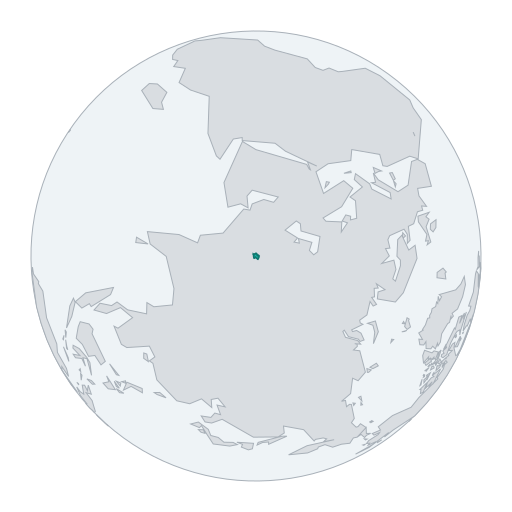 Sari Pul on an orthographic globe, rotated 126°
{"feature_id": "AFG-1748", "entity_name": "Sari Pul", "entity_type": "Province", "adm_level": 1, "iso_a3": "AFG", "parent_name": "Afghanistan", "parent_adm1": "", "projection": "orthographic", "projection_center": [66.141, 35.686], "detail": "fine", "context": "on_globe", "style": "filled", "palette": "teal", "viewbox_px": 512, "rotation_deg": 126, "n_neighbors": 0, "source": "natural_earth", "source_scale": "10m", "svg_char_len": 12146}
<svg xmlns="http://www.w3.org/2000/svg" viewBox="0 0 512 512"><g transform="rotate(126 256 256)"><circle cx="256" cy="256" r="225" fill="#eef3f6" stroke="#a8b0b8"/><path d="M292.1,33.6L297.1,35.5L316.1,42.7L326.9,45.7L320.8,44.9L344.4,52.0L357.8,59.0L339.7,50.7L335.6,49.8L343.2,54.1L340.6,54.1L342.8,56.4L339.0,56.3L328.7,52.2L326.1,52.2L331.6,55.3L331.3,57.6L323.6,53.0L322.3,56.7L304.9,51.8L287.2,41.6L274.6,41.0L248.5,36.7L247.9,38.0L237.6,38.0L233.1,39.6L229.5,38.9L229.0,40.9L233.1,41.3L234.2,42.4L231.9,43.6L227.0,42.7L227.4,42.0L224.8,42.3L223.3,41.5L222.7,42.6L217.0,41.7L219.2,44.4L211.8,45.3L209.0,44.3L213.8,42.0L219.2,35.9L217.8,35.2L211.0,36.0L188.6,41.9L185.1,42.5L177.2,45.1L176.9,45.5L183.1,43.7L180.7,45.7L188.5,44.0L188.7,44.7L194.9,44.4L189.0,47.2L179.9,50.3L174.5,51.0L170.3,52.6L171.5,54.6L157.5,58.9L141.6,67.8L138.5,69.0L139.7,65.7L149.8,58.5L151.4,56.5L145.3,60.9L137.7,64.7L134.4,66.8L131.9,68.7L132.8,68.7L129.1,70.9L133.7,66.8L137.1,64.7L135.6,65.8L140.3,62.8L141.4,62.0L156.7,53.8L172.6,46.7L189.0,40.9L205.7,36.4L222.8,33.2L240.1,31.3L257.5,30.7L274.8,31.5L292.1,33.6ZM299.2,34.9L300.1,35.1L296.6,34.4L296.9,34.5L299.2,34.9ZM335.2,48.2L330.8,46.2L336.0,48.2L335.2,48.2ZM343.8,56.8L345.8,57.5L346.1,58.5L343.8,56.8ZM197.7,43.0L196.3,43.7L195.8,43.4L197.7,43.0ZM201.7,42.3L202.1,41.5L204.1,41.1L203.8,41.6L201.7,42.3ZM340.5,59.3L340.3,61.0L338.8,58.5L340.5,59.3ZM200.6,43.6L207.5,40.5L211.0,39.8L212.6,41.5L200.6,43.6ZM339.0,61.5L338.6,66.1L343.1,67.7L330.0,66.1L334.7,62.4L332.1,59.0L336.0,61.2L339.0,61.5ZM235.4,40.9L230.9,40.5L236.7,39.9L235.4,40.9ZM238.8,40.3L255.2,37.6L260.7,39.2L254.1,39.5L262.9,41.0L257.5,43.0L251.5,42.6L249.0,41.2L248.8,43.1L238.8,40.3ZM322.7,64.8L321.1,65.5L320.9,64.0L322.7,64.8ZM235.1,42.8L237.9,42.0L242.9,43.1L238.1,45.1L238.1,44.0L235.1,42.8ZM267.8,40.7L270.7,42.1L267.1,44.0L267.7,44.9L257.8,43.2L267.8,40.7ZM235.8,44.4L235.6,46.1L231.2,46.7L232.7,43.7L235.8,44.4ZM246.2,42.7L248.3,43.5L245.5,43.6L246.2,42.7ZM215.4,50.4L218.7,49.0L221.5,49.4L215.4,50.4ZM235.8,46.7L237.3,46.5L238.8,46.6L237.8,47.9L235.8,46.7ZM256.0,44.9L253.9,45.5L259.9,45.6L257.4,47.4L251.3,46.0L252.9,47.3L252.2,47.9L248.0,46.3L256.0,44.9ZM241.3,49.7L232.6,49.1L225.9,51.4L223.2,51.0L234.5,47.4L241.3,49.7ZM245.6,47.8L242.3,48.8L240.6,47.6L241.8,46.1L245.6,47.8ZM258.0,49.2L263.3,46.8L264.5,47.2L258.0,49.2ZM239.7,50.5L241.8,50.7L239.4,50.8L239.7,50.5ZM252.7,49.8L254.5,48.8L255.7,49.3L252.7,49.8ZM244.6,52.0L241.8,51.7L242.5,50.6L244.6,52.0ZM248.6,51.1L249.9,52.1L244.4,50.4L249.1,50.6L248.6,51.1ZM253.6,50.4L255.0,50.4L252.7,50.7L253.6,50.4ZM243.5,56.6L236.4,54.7L238.0,52.2L244.6,54.2L243.5,56.6ZM37.3,261.6L39.4,223.3L43.8,215.9L48.5,202.4L82.1,181.9L84.9,190.3L106.4,202.5L108.4,206.4L101.1,215.6L113.6,241.1L123.1,235.4L139.0,251.9L152.6,257.0L165.7,238.1L143.5,229.3L144.3,217.5L165.8,215.7L185.8,224.1L186.8,219.9L178.0,206.6L186.5,201.1L175.4,201.5L177.0,206.8L170.0,207.5L168.2,202.8L171.3,200.8L166.3,196.7L152.8,208.0L153.0,214.6L137.6,210.5L136.4,221.4L130.9,223.9L130.8,206.5L133.8,201.6L130.4,180.2L125.8,184.8L128.8,205.6L126.1,202.6L119.9,209.9L122.5,201.9L120.5,178.9L109.3,174.6L88.1,185.7L83.0,182.3L81.9,173.4L96.5,155.1L106.3,165.0L111.6,159.5L115.6,147.2L118.2,151.5L121.0,148.0L125.3,151.4L137.2,147.4L142.4,150.2L152.7,140.6L156.8,141.0L149.5,146.4L147.3,152.0L161.0,159.8L165.3,158.9L170.9,152.3L173.9,155.6L177.6,148.2L188.2,149.9L178.3,142.0L184.6,134.9L194.1,131.9L194.4,128.4L179.0,133.4L174.4,136.8L173.4,141.8L159.4,151.0L153.5,150.2L161.4,135.9L153.8,133.6L163.3,124.3L199.2,115.2L211.3,116.2L219.4,132.6L213.3,136.1L207.4,131.8L207.7,142.3L210.1,138.3L212.7,141.4L219.4,136.1L221.5,138.1L224.3,130.0L227.6,131.8L225.8,137.0L238.5,131.6L247.0,134.4L248.9,132.3L248.4,129.3L259.5,135.2L260.4,133.5L257.1,130.8L256.7,125.7L260.4,119.2L264.0,121.6L263.1,124.3L266.9,133.8L264.1,141.0L266.0,141.4L269.2,135.8L264.7,124.0L265.8,119.5L268.9,124.6L267.9,122.4L269.6,120.9L274.7,121.9L271.7,116.3L285.7,99.2L296.9,100.1L298.1,106.0L311.7,98.6L323.3,101.4L320.2,98.7L324.7,94.2L321.1,93.2L320.0,91.6L329.7,81.0L334.8,80.8L335.6,74.4L334.1,73.2L330.3,72.9L330.0,66.1L343.1,67.7L346.0,70.3L352.3,70.0L358.0,76.2L365.6,81.6L368.1,89.3L373.9,93.3L375.7,92.8L385.0,98.5L397.7,112.8L379.5,103.2L358.7,84.8L366.5,92.2L362.4,91.4L363.7,94.7L369.4,100.1L371.5,100.2L368.5,115.4L377.4,133.8L382.6,129.1L389.4,131.8L404.1,151.6L408.0,187.4L417.2,193.7L420.2,199.7L417.6,206.3L413.1,197.6L407.3,197.0L405.2,191.4L399.5,199.9L396.2,192.3L393.4,203.2L398.4,207.9L404.6,202.7L403.6,216.1L414.5,222.8L419.7,235.0L414.5,263.4L403.4,276.3L403.5,280.6L397.1,278.5L391.6,289.3L406.0,306.7L406.6,313.0L396.2,329.6L395.5,325.2L378.4,319.6L377.4,335.3L390.4,343.1L394.9,355.3L385.9,354.4L381.0,343.7L374.9,341.4L375.0,328.2L367.1,310.5L357.8,316.9L357.1,308.8L344.7,294.8L330.6,303.2L309.1,328.4L308.5,348.7L300.1,358.2L283.9,330.9L279.7,311.0L271.9,313.2L256.8,296.1L225.2,293.5L222.4,287.8L216.1,289.7L205.7,282.9L202.2,273.3L195.2,272.7L205.0,297.8L212.8,298.5L221.7,290.7L222.8,299.1L233.0,307.4L215.4,325.1L171.3,334.3L170.0,318.6L152.1,268.8L154.3,264.3L154.4,263.7L154.3,262.6L149.6,269.6L147.5,259.7L153.9,293.7L153.6,306.9L170.7,335.0L168.3,336.8L174.7,343.1L198.9,342.0L198.3,346.9L185.1,366.9L154.3,387.7L160.2,406.5L160.9,420.2L145.7,423.5L151.1,433.9L143.8,434.1L146.0,439.0L142.4,441.5L135.0,441.2L117.9,431.8L113.7,427.0L100.3,413.1L80.3,381.6L81.2,372.4L78.3,361.6L66.4,330.4L68.7,318.9L66.4,310.9L61.0,307.4L58.6,297.7L55.7,294.4L39.9,278.0L37.3,261.6ZM65.6,197.9L63.5,201.5L63.4,201.6L65.6,197.9ZM204.0,244.0L218.0,247.7L217.0,233.0L222.4,233.4L220.1,228.5L216.9,231.9L212.1,218.8L220.1,216.1L221.1,210.0L216.4,208.6L202.6,215.7L209.3,234.3L203.8,239.1L204.0,244.0ZM137.5,64.9L137.0,65.3L133.9,67.5L134.3,66.9L137.5,64.9ZM126.7,75.5L121.0,78.9L125.3,75.9L124.8,75.4L133.1,69.0L137.4,69.3L134.0,70.1L126.7,75.5ZM145.5,61.2L139.7,64.8L145.9,60.9L145.5,61.2ZM132.4,126.9L131.9,130.7L127.4,133.7L120.8,131.7L127.2,127.2L132.4,126.9ZM132.3,135.6L141.9,122.8L146.4,124.1L142.3,125.5L144.3,127.6L138.1,130.4L132.9,144.7L128.6,148.4L118.8,141.6L124.4,141.6L124.5,137.6L132.3,135.6ZM158.7,93.0L163.0,88.9L167.2,96.8L162.8,99.8L155.9,97.6L157.1,92.7L158.7,93.0ZM202.0,47.6L203.4,46.5L204.8,46.6L204.7,47.7L202.0,47.6ZM216.7,49.7L197.6,53.1L198.1,51.8L186.2,56.0L183.1,54.4L190.9,51.7L179.6,53.9L185.4,50.8L177.6,52.9L195.3,46.9L200.1,44.7L196.0,47.7L198.7,49.0L201.3,49.0L212.3,47.3L223.9,43.7L228.4,45.0L228.6,46.9L226.5,47.9L224.2,46.7L223.0,49.0L218.1,48.0L216.7,49.7ZM227.5,75.4L225.7,72.2L222.6,79.1L217.7,77.2L217.6,78.1L212.2,78.4L205.5,80.5L203.9,79.1L202.0,80.6L198.4,81.0L195.2,82.6L191.3,80.9L187.1,82.9L187.6,81.0L181.5,84.9L184.3,81.3L179.9,81.9L179.5,85.1L166.0,74.5L158.2,73.8L150.1,75.5L156.1,69.7L167.5,64.9L180.4,61.8L187.1,63.7L188.6,61.0L192.2,61.3L189.5,63.2L195.9,60.4L198.1,61.2L209.7,60.1L217.4,56.2L221.8,55.9L219.9,57.9L225.7,56.3L225.1,60.0L228.3,60.0L230.9,64.0L225.4,68.2L229.4,68.0L231.5,71.3L227.5,75.4ZM244.0,57.7L238.6,62.6L233.2,64.2L230.9,56.7L228.1,56.2L226.5,52.1L234.3,50.1L234.0,51.4L235.6,52.2L232.5,52.5L236.2,52.9L236.0,54.9L238.7,55.8L236.2,57.1L244.0,57.7ZM113.4,204.4L115.4,206.4L119.2,208.3L115.4,213.2L113.4,204.4ZM111.7,188.7L114.0,189.4L110.4,196.7L108.4,194.8L111.7,188.7ZM118.2,183.9L114.4,188.9L115.2,185.1L118.2,183.9ZM151.9,146.8L154.7,147.4L153.8,149.2L150.9,151.0L151.9,146.8ZM217.2,97.5L217.0,95.0L218.6,94.6L222.6,89.3L226.6,90.6L225.7,94.3L217.2,97.5ZM160.2,240.3L154.5,242.8L153.2,240.0L155.4,239.7L160.2,240.3ZM132.6,228.0L137.4,233.5L131.5,229.3L132.6,228.0ZM222.2,98.1L223.4,95.7L224.6,97.9L222.2,98.1ZM229.7,91.4L231.7,93.5L227.5,90.2L229.7,91.4ZM263.3,480.1L266.5,480.3L262.6,480.5L263.3,480.1ZM197.3,426.1L189.3,445.8L179.2,443.7L174.8,436.9L176.0,424.3L187.1,422.8L191.8,417.1L197.3,426.1ZM433.0,364.7L436.9,362.6L436.7,363.5L433.0,364.7ZM429.0,364.8L433.8,361.9L427.9,367.1L429.0,364.8ZM435.6,360.8L440.4,355.9L442.5,353.1L442.0,355.0L435.6,360.8ZM425.6,367.0L405.8,377.3L397.4,378.9L399.8,375.1L413.2,369.5L425.6,367.0ZM399.1,375.3L385.9,372.1L365.2,352.8L372.7,351.0L393.8,359.6L392.5,362.8L400.5,366.3L399.1,375.3ZM429.6,344.5L428.2,353.1L417.6,358.3L412.5,359.6L409.1,351.1L411.0,344.8L415.3,342.9L429.8,316.0L435.2,317.4L431.2,327.9L435.6,332.5L429.6,344.5ZM309.7,350.4L315.8,361.2L311.0,363.7L309.7,350.4ZM434.1,299.2L429.3,311.1L433.2,296.8L434.1,299.2ZM435.6,286.7L436.6,290.8L433.7,288.2L435.6,286.7ZM404.8,286.7L400.4,289.8L399.5,286.7L404.7,281.0L404.8,286.7ZM423.6,245.4L426.2,254.6L426.3,258.1L423.0,253.7L423.6,245.4ZM257.9,109.5L247.9,115.1L243.3,120.7L244.9,126.2L238.4,121.2L245.4,112.5L257.9,109.5ZM281.9,100.1L280.4,95.8L283.9,96.5L284.7,97.5L281.9,100.1ZM279.0,98.4L272.0,95.6L273.0,92.5L278.4,95.2L279.0,98.4ZM246.8,96.0L243.6,97.4L242.6,95.5L246.8,96.0ZM426.2,403.6L401.1,427.5L396.4,430.3L401.3,425.5L404.4,416.7L406.3,415.8L409.7,407.8L429.1,389.1L444.2,365.5L450.7,360.0L458.3,343.3L463.6,336.8L459.6,348.1L462.4,346.0L471.2,320.3L468.8,329.8L462.6,345.8L455.2,361.2L446.6,376.1L436.9,390.2L426.2,403.6ZM442.6,358.4L448.6,348.2L451.3,345.4L442.6,358.4ZM475.8,305.4L475.5,306.7L474.9,306.0L472.1,316.0L467.3,324.1L469.1,318.4L469.0,314.1L462.6,320.7L461.3,318.7L464.1,313.2L459.1,315.8L464.6,308.0L466.4,313.1L469.3,303.6L473.2,298.6L476.2,294.6L477.6,294.7L476.9,298.2L476.8,300.7L475.8,305.4ZM463.6,324.6L464.5,323.5L463.5,326.7L463.6,324.6ZM478.1,292.1L480.0,279.8L480.1,278.5L478.7,289.6L478.1,292.1ZM480.1,278.7L480.0,277.3L480.4,275.3L480.3,277.0L480.1,278.7ZM452.5,329.9L452.1,332.2L450.5,332.0L452.5,329.9ZM454.7,326.7L459.2,324.4L454.1,328.9L454.7,326.7ZM438.4,332.4L440.0,336.2L445.4,329.2L441.3,336.7L444.4,342.2L442.9,346.2L440.0,340.0L438.1,350.0L435.7,351.5L434.8,344.6L437.5,333.3L439.9,327.7L449.2,318.9L438.4,332.4ZM454.8,320.6L453.5,316.0L454.4,311.1L455.9,313.0L454.8,320.6ZM448.7,305.1L444.2,301.1L440.8,306.4L446.8,291.2L450.3,297.5L448.7,305.1ZM443.7,292.2L440.6,297.1L443.3,288.8L443.7,292.2ZM439.4,295.4L438.2,290.7L441.0,289.4L439.4,295.4ZM445.4,291.1L444.7,282.2L446.8,286.1L445.4,291.1ZM434.9,280.4L442.4,284.4L434.0,286.3L430.1,270.2L433.4,267.5L434.9,280.4ZM430.3,200.6L427.5,196.4L429.5,193.1L430.9,196.9L430.3,200.6ZM433.2,180.1L429.1,191.0L425.3,200.4L428.1,200.9L430.3,210.1L424.2,205.0L424.3,192.7L427.8,187.1L425.0,179.9L425.5,172.5L420.3,165.0L419.5,160.2L425.2,165.5L433.2,180.1ZM417.9,162.0L409.0,147.9L414.1,145.6L417.3,148.2L419.2,155.5L416.3,156.2L417.9,162.0ZM408.3,144.0L405.5,144.7L386.4,128.9L383.6,125.1L400.9,135.1L399.1,136.5L402.9,141.0L408.3,144.0ZM323.4,66.5L321.3,65.6L323.6,65.7L323.4,66.5ZM317.9,91.2L316.8,89.1L319.5,89.1L317.9,91.2ZM315.1,83.5L312.8,85.0L313.7,82.4L315.1,83.5ZM307.8,88.7L311.1,85.1L310.1,90.0L307.8,88.7Z" fill="#d9dde1" stroke="#a8b0b8" stroke-width="1"/><path d="M257.2,252.5L257.6,252.5L257.7,252.8L257.5,253.0L257.4,253.1L257.3,253.3L257.2,253.5L257.1,253.8L257.1,254.0L257.3,254.1L257.5,254.1L257.5,254.3L257.5,254.5L257.4,254.5L257.5,254.8L257.6,255.2L257.6,255.3L257.4,255.6L257.3,255.8L257.2,255.8L257.2,256.0L257.7,256.0L257.8,256.1L258.1,256.0L258.3,256.0L258.4,255.9L258.7,256.0L258.8,256.1L258.7,256.2L258.7,256.3L258.8,256.3L258.8,256.5L258.7,256.5L258.7,256.8L258.5,257.0L258.4,257.1L258.2,257.2L258.1,257.3L257.9,257.5L257.7,257.8L257.4,258.0L256.8,258.0L256.7,258.0L256.6,258.3L256.7,258.5L256.6,258.8L256.6,259.0L256.4,259.0L256.2,259.2L256.2,259.3L255.9,259.5L255.9,259.4L255.8,259.0L255.7,258.9L255.6,258.7L255.6,258.4L255.4,258.4L254.9,258.3L254.8,258.2L254.8,257.9L254.7,257.9L254.4,257.8L254.4,257.7L254.2,257.7L254.0,257.8L253.9,257.8L253.8,257.7L253.7,257.6L253.7,257.4L253.7,257.2L253.7,256.9L253.8,256.8L253.8,256.7L253.9,256.3L253.9,256.2L254.0,256.0L254.3,256.1L254.5,255.8L254.5,255.7L254.8,255.6L254.9,255.4L255.0,255.4L254.9,255.4L254.9,255.2L254.7,255.0L254.7,254.9L254.8,254.9L254.8,254.7L254.7,254.7L254.6,254.8L254.1,254.9L254.0,254.7L254.0,254.4L253.9,254.4L254.0,253.7L254.1,253.4L254.6,253.4L254.9,253.1L255.1,253.0L255.4,252.9L255.5,252.9L255.7,252.7L255.8,252.7L256.0,252.7L256.3,252.7L256.7,252.6L256.9,252.5L257.0,252.5L257.2,252.5Z" fill="#14b8a6" stroke="#0f766e" stroke-width="1.5"/></g></svg>